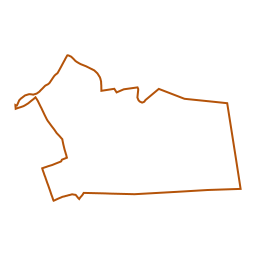 Azaal, Amanat Al Asimah, Yemen (Robinson projection)
{"feature_id": "15242507B23052795902995", "entity_name": "Azaal", "entity_type": "district", "adm_level": 2, "iso_a3": "YEM", "parent_name": "Yemen", "parent_adm1": "Amanat Al Asimah", "projection": "robinson", "projection_center": [44.226, 15.356], "detail": "fine", "context": "isolated", "style": "outline", "palette": "amber", "viewbox_px": 256, "rotation_deg": 0, "n_neighbors": 0, "source": "geoboundaries", "source_scale": "gbopen_adm2", "svg_char_len": 2730}
<svg xmlns="http://www.w3.org/2000/svg" viewBox="0 0 256 256"><path d="M51.6,126.1L52.6,127.4L53.7,128.8L53.9,129.1L54.3,129.6L56.6,133.0L58.4,134.9L59.1,135.6L60.6,137.3L61.1,137.9L62.3,139.2L62.5,140.4L62.8,141.9L63.2,143.8L63.3,144.4L63.4,144.7L64.6,149.7L64.8,150.3L65.5,152.6L65.8,153.7L66.3,155.2L66.4,155.9L66.9,157.7L64.9,158.5L64.4,158.7L61.9,159.7L61.6,160.3L61.2,161.3L60.7,161.6L58.4,162.5L55.6,163.6L52.2,165.0L48.2,166.2L46.3,166.9L45.0,167.3L42.2,168.3L42.9,170.6L43.9,173.3L44.0,173.7L44.7,175.7L45.4,177.4L45.6,178.2L45.9,179.0L46.1,179.5L46.6,181.0L47.3,183.0L47.8,184.3L48.0,184.8L49.4,188.8L49.9,190.2L50.6,192.3L50.8,192.9L51.6,195.3L51.9,196.0L52.1,196.5L52.7,198.3L53.3,200.1L53.6,200.7L54.2,200.5L57.4,199.0L58.5,198.5L61.4,197.3L62.2,196.9L62.9,196.7L64.8,196.3L65.2,196.1L66.9,195.7L67.4,195.6L68.5,195.2L68.9,195.2L72.1,194.3L74.4,194.7L75.4,194.8L75.8,195.0L76.1,195.4L77.1,196.6L78.1,197.9L79.2,199.0L79.7,198.2L80.4,197.3L80.8,196.8L81.5,196.1L82.2,195.2L82.7,194.6L83.3,193.5L83.7,192.9L104.9,193.4L110.1,193.6L134.6,194.2L177.5,191.8L207.7,190.0L240.6,188.9L236.0,159.1L227.2,103.2L212.9,101.7L184.5,98.8L158.8,88.9L145.4,100.1L145.2,100.4L144.3,101.7L143.0,102.3L142.1,102.6L139.7,101.5L138.5,100.2L137.4,97.5L138.2,89.9L138.2,89.0L137.5,87.4L123.8,89.3L116.6,92.4L114.3,88.8L101.4,90.8L101.3,86.2L101.3,85.2L101.2,84.4L101.1,82.3L101.1,81.6L100.6,79.6L100.3,78.4L99.7,76.9L99.2,76.2L98.4,74.9L97.3,73.2L97.0,73.0L95.6,71.6L95.3,71.4L94.3,70.4L93.7,70.1L86.3,66.4L86.1,66.3L80.6,64.1L78.6,63.0L77.3,62.2L76.9,62.0L76.5,61.7L75.5,61.0L74.8,60.3L74.0,59.4L73.6,59.0L72.9,58.3L71.2,56.7L70.6,56.4L69.9,56.1L68.9,55.6L67.9,55.3L67.4,55.3L67.2,55.5L65.8,58.0L65.3,58.8L64.8,60.0L64.5,60.4L61.7,65.6L61.4,66.2L59.3,70.0L58.7,71.1L58.2,72.0L57.8,72.6L57.5,73.2L56.0,74.3L55.4,74.8L54.9,75.3L54.4,75.8L54.1,76.2L53.6,76.9L53.1,77.6L51.9,79.4L51.3,80.3L51.1,80.6L50.2,81.9L49.8,82.6L48.8,83.6L48.3,84.0L47.9,84.3L45.5,85.5L44.9,86.0L44.6,86.3L41.7,89.3L41.4,89.5L40.2,90.8L39.9,91.0L39.7,91.4L39.2,91.8L38.2,92.5L36.5,93.7L35.9,93.8L34.3,94.3L33.9,94.4L33.2,94.7L32.0,94.4L30.0,94.2L29.5,94.2L29.0,94.2L27.0,94.8L26.5,95.0L25.7,95.2L25.3,95.3L24.8,95.6L23.5,96.6L22.8,97.1L22.6,97.3L20.7,98.7L20.5,99.0L19.2,100.3L19.0,100.8L17.7,103.8L17.1,105.0L16.9,105.5L15.9,105.4L15.4,105.1L15.4,105.6L15.4,106.0L15.5,106.4L15.7,108.8L16.8,108.4L18.8,107.7L20.5,107.2L23.6,106.1L24.1,105.8L24.5,105.6L25.7,104.9L27.6,103.7L28.4,103.2L29.2,102.5L31.8,100.4L33.6,99.0L35.5,97.3L36.3,98.5L37.7,100.7L40.1,105.6L40.9,107.2L41.2,107.7L42.0,109.4L42.5,110.5L43.7,113.0L44.5,114.7L44.8,115.3L45.8,117.3L46.5,118.7L46.9,119.5L47.9,121.1L48.9,122.4L49.7,123.5L51.6,126.1Z" fill="none" stroke="#b45309" stroke-width="2"/></svg>